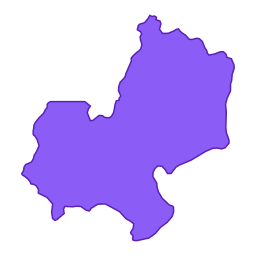 the State of Edo
{"feature_id": "NGA-2861", "entity_name": "Edo", "entity_type": "State", "adm_level": 1, "iso_a3": "NGA", "parent_name": "Nigeria", "parent_adm1": "", "projection": "mercator", "projection_center": [5.875, 6.657], "detail": "fine", "context": "isolated", "style": "filled", "palette": "violet", "viewbox_px": 256, "rotation_deg": 0, "n_neighbors": 0, "source": "natural_earth", "source_scale": "10m", "svg_char_len": 2394}
<svg xmlns="http://www.w3.org/2000/svg" viewBox="0 0 256 256"><path d="M229.0,143.1L225.2,147.7L221.7,148.9L217.4,148.1L213.0,148.2L205.6,151.4L190.8,160.3L179.2,165.1L176.0,167.1L171.0,173.5L167.5,173.5L165.1,169.5L162.0,166.3L157.8,165.9L155.0,168.5L153.2,172.0L152.8,176.4L156.8,183.2L157.1,187.4L158.6,192.2L162.3,198.4L169.6,205.2L171.9,205.7L173.5,207.1L173.6,211.9L172.1,216.6L167.1,222.4L160.3,227.5L155.3,233.5L149.0,238.0L137.1,240.6L134.9,240.6L132.8,239.9L132.6,237.9L133.1,236.5L132.5,235.1L131.1,233.9L130.6,232.5L133.2,228.2L133.7,223.7L130.3,221.1L126.2,218.9L119.5,211.6L105.3,203.9L97.8,204.2L91.0,208.4L90.2,210.0L89.0,211.0L87.8,210.7L85.6,209.9L80.9,206.5L76.3,206.2L72.7,206.8L64.8,206.4L63.5,209.3L64.2,213.4L57.1,219.5L55.0,220.4L52.6,218.5L51.6,212.1L52.7,204.0L46.9,197.3L38.4,193.2L38.4,189.4L36.2,185.8L34.8,184.8L33.3,184.2L31.9,184.1L30.7,183.7L30.4,182.1L27.9,179.0L24.9,176.5L22.5,175.1L21.8,173.9L22.0,173.0L22.8,172.1L23.5,170.6L24.1,167.0L25.8,164.4L28.5,163.5L31.6,161.8L33.3,158.8L34.2,155.2L36.2,152.1L39.1,145.6L36.9,139.2L34.8,135.9L33.8,135.3L33.2,134.3L33.2,130.5L33.6,128.7L34.1,124.7L35.5,122.2L39.3,117.5L43.6,113.3L45.2,110.0L47.2,107.3L47.2,104.2L48.6,102.6L50.6,101.6L84.8,101.6L90.4,106.1L88.4,109.1L87.2,112.6L90.4,120.7L93.1,120.3L99.1,115.4L102.6,115.7L104.1,117.1L108.0,118.0L110.1,117.3L111.4,116.4L113.1,113.5L113.8,111.8L115.2,104.0L116.3,100.9L119.1,100.2L119.1,98.3L119.6,97.5L120.1,97.2L120.7,96.1L120.2,94.6L118.5,90.9L118.7,86.6L120.3,82.1L123.6,78.7L125.2,76.6L125.9,73.6L131.5,60.7L131.2,59.5L131.3,57.9L134.0,54.9L137.0,52.2L139.0,50.9L140.6,49.1L141.8,45.1L141.4,42.4L140.6,40.7L140.1,36.8L141.5,34.2L140.9,32.0L137.3,29.7L138.4,25.4L140.0,24.0L143.3,23.1L144.8,22.5L147.6,19.1L149.9,15.4L152.0,16.5L154.4,16.0L156.5,17.3L156.0,19.7L160.0,21.1L160.9,23.8L159.5,29.2L162.5,33.4L168.2,33.3L173.8,31.0L176.3,29.4L178.6,28.9L179.9,31.0L181.7,32.6L185.8,35.4L189.2,39.3L192.1,39.5L196.7,38.3L199.2,38.6L202.3,41.4L205.1,48.3L206.7,50.4L207.2,52.8L208.8,55.1L214.9,53.9L219.9,51.9L223.1,51.6L224.9,53.0L226.3,54.7L226.6,56.9L228.3,57.8L231.5,58.8L231.8,59.9L233.7,64.1L234.0,65.2L234.2,67.6L233.7,69.9L232.2,74.4L231.6,80.8L230.6,83.7L230.5,84.9L230.5,90.3L230.3,91.4L227.1,98.3L225.8,103.1L225.6,105.1L226.3,111.6L225.8,127.3L226.3,132.5L228.8,139.5L229.0,141.3L229.0,143.1Z" fill="#8b5cf6" stroke="#5b21b6" stroke-width="1.5"/></svg>